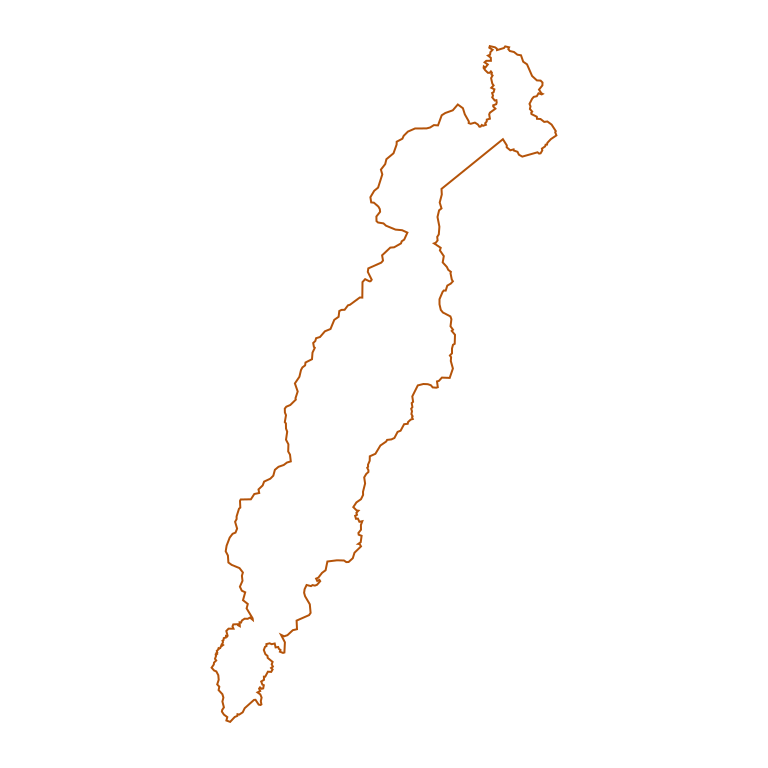 the district of Teorama, Norte de Santander, Colombia
{"feature_id": "7082276B38424478664085", "entity_name": "Teorama", "entity_type": "district", "adm_level": 2, "iso_a3": "COL", "parent_name": "Colombia", "parent_adm1": "Norte de Santander", "projection": "orthographic", "projection_center": [-73.14, 8.758], "detail": "fine", "context": "isolated", "style": "outline", "palette": "amber", "viewbox_px": 768, "rotation_deg": 0, "n_neighbors": 0, "source": "geoboundaries", "source_scale": "gbopen_adm2", "svg_char_len": 6071}
<svg xmlns="http://www.w3.org/2000/svg" viewBox="0 0 768 768"><path d="M218.6,690.1L222.4,694.2L223.4,697.6L222.4,701.5L223.9,707.4L222.2,709.9L221.9,711.6L223.9,714.6L227.3,717.1L226.4,720.5L230.1,721.9L234.7,717.0L237.3,715.9L237.5,714.2L239.2,714.6L242.7,712.3L244.7,708.2L254.0,699.9L255.5,699.8L258.7,704.6L260.5,705.0L261.4,704.4L260.8,701.1L261.6,697.6L260.3,694.4L257.5,692.4L260.2,691.0L259.1,688.6L260.0,687.4L261.7,688.8L263.2,688.4L263.8,685.2L262.4,684.6L261.2,681.5L264.0,679.8L263.9,676.7L265.2,676.7L267.9,671.7L271.2,671.9L272.6,669.5L271.1,668.0L272.9,666.6L271.7,664.3L272.6,661.9L267.7,657.9L267.5,655.9L265.4,654.2L263.8,650.0L265.0,646.9L266.5,646.0L266.4,644.1L269.6,643.3L271.7,644.2L274.7,643.5L275.6,647.4L278.2,647.0L278.9,648.8L280.5,650.0L279.9,651.7L283.0,652.9L284.4,652.5L284.9,642.3L281.0,634.8L284.1,636.3L287.4,635.2L292.8,630.2L297.0,629.2L296.6,620.6L309.1,615.1L310.6,612.9L309.8,604.3L305.1,596.3L304.1,592.8L304.6,589.2L306.6,585.0L311.0,586.1L312.5,585.1L314.9,585.6L317.0,584.8L320.2,581.2L319.4,579.9L317.2,580.9L316.1,578.6L318.3,577.7L322.0,572.9L325.6,570.2L327.4,561.5L337.0,560.3L344.0,560.5L346.3,562.1L348.6,562.0L352.8,558.2L354.5,552.7L361.0,546.4L359.7,544.1L358.3,543.9L360.7,542.2L361.6,535.8L358.7,534.7L358.4,533.0L361.0,529.7L360.9,525.0L362.3,521.2L359.4,521.8L357.9,518.6L356.0,518.8L355.1,515.8L357.0,514.8L356.4,512.8L358.4,510.7L356.6,510.4L353.3,507.1L356.4,502.4L361.0,499.2L363.1,494.9L363.0,491.8L365.1,483.5L364.2,477.4L366.2,474.0L368.4,472.0L368.4,470.1L367.2,467.8L368.1,466.8L368.0,464.7L369.7,460.8L369.8,456.3L375.4,453.8L380.4,445.5L386.2,441.5L387.1,439.9L391.4,439.4L394.4,438.0L397.6,431.9L400.6,430.7L404.1,424.2L407.7,423.8L408.1,422.0L410.7,419.6L412.8,419.0L412.0,417.1L412.6,416.2L411.4,414.1L412.0,411.2L411.2,408.7L412.4,407.1L411.7,403.1L413.1,401.8L412.3,396.4L417.8,385.4L423.4,384.0L427.8,384.2L430.8,385.2L432.7,387.4L436.3,387.7L437.8,387.2L437.0,381.4L438.9,380.9L441.9,377.6L449.7,377.9L452.9,368.5L450.8,361.0L451.1,357.2L449.9,355.5L452.0,353.3L452.0,348.5L453.0,344.8L454.7,343.8L455.0,334.8L451.7,330.9L453.0,329.7L450.5,326.3L451.4,319.2L450.4,316.4L442.9,312.5L440.8,309.9L439.5,304.3L439.5,299.2L442.6,291.9L443.8,290.5L445.7,290.6L447.3,285.6L450.8,283.6L452.9,281.3L451.8,279.6L450.5,273.1L450.9,271.9L448.2,269.8L446.9,267.0L442.7,262.4L443.8,256.1L439.9,250.4L440.7,247.8L434.1,243.4L435.7,242.8L437.6,240.4L437.2,236.9L438.8,234.4L439.4,226.7L437.5,217.0L439.1,210.3L441.5,208.4L439.7,202.5L441.8,194.5L441.5,188.9L502.9,139.2L506.8,145.4L506.7,147.3L510.3,150.3L513.6,149.4L513.8,150.5L517.5,151.8L518.9,154.7L522.3,156.6L537.5,152.3L539.1,153.6L540.6,153.3L542.3,150.4L541.9,148.6L545.1,146.4L545.6,144.7L547.0,144.6L547.4,142.8L550.9,139.1L556.4,135.4L555.2,132.2L555.8,131.1L551.6,124.6L547.4,121.5L544.2,121.9L540.5,119.0L537.0,118.8L536.8,116.7L531.5,114.1L531.2,112.9L532.2,111.6L529.9,109.0L530.5,106.3L529.5,103.9L532.1,98.8L533.7,96.9L536.8,96.2L538.5,93.3L541.7,94.4L542.6,93.9L541.4,93.3L539.0,89.6L542.4,85.4L542.5,82.5L540.6,80.6L536.9,80.4L532.1,76.0L527.0,64.3L523.2,61.7L521.0,55.3L517.4,54.7L514.0,52.0L509.8,51.0L508.3,49.1L509.1,47.3L505.2,46.4L504.0,48.0L497.0,50.1L496.8,48.6L495.0,47.3L489.8,46.1L489.3,47.7L492.6,49.8L490.4,52.1L490.1,54.7L488.0,55.6L490.8,57.7L490.9,60.8L486.3,60.8L484.6,62.3L487.8,64.5L485.4,67.5L483.8,66.5L483.6,67.9L485.1,70.1L487.9,72.8L489.7,72.8L490.9,71.4L491.9,72.7L491.5,74.5L492.6,75.5L491.1,78.1L492.3,83.6L493.6,85.4L491.3,87.8L494.4,89.3L493.6,92.2L492.1,93.0L493.0,95.7L492.2,97.3L494.7,100.5L496.4,100.2L496.7,102.5L496.2,104.2L493.2,105.3L493.2,106.4L495.4,108.7L489.9,112.7L489.2,114.4L489.9,118.7L486.8,119.6L486.7,121.5L485.2,123.2L485.9,124.8L483.0,125.8L481.8,125.0L480.6,126.6L479.4,126.7L477.9,124.5L474.9,122.6L470.7,123.8L468.7,123.1L468.8,121.4L464.8,114.3L462.9,108.2L457.8,104.5L452.8,110.3L445.3,113.0L441.7,115.3L438.0,125.4L433.9,125.1L430.1,127.5L426.6,128.4L415.0,128.5L407.9,131.6L403.7,135.8L402.4,138.7L396.7,141.7L396.6,144.6L393.5,153.3L386.4,159.2L385.2,164.1L380.9,169.6L382.3,174.4L378.1,187.6L374.2,190.8L370.4,197.2L371.2,202.4L373.9,202.7L378.4,206.6L379.8,209.1L380.1,211.8L376.4,216.5L376.5,221.1L378.0,222.5L383.5,223.4L386.0,225.7L395.5,229.6L402.1,230.2L407.4,232.6L404.2,239.6L401.7,241.3L401.0,243.4L394.1,247.3L390.3,247.6L382.1,255.3L383.0,260.6L381.3,262.6L368.3,268.4L367.8,271.9L371.7,279.7L370.6,281.2L369.4,281.3L365.1,279.2L362.5,282.1L362.3,297.6L359.8,297.5L349.9,304.8L348.0,305.3L344.6,309.8L341.5,309.9L339.3,311.0L338.6,316.8L334.3,319.8L330.5,329.0L324.9,331.3L320.0,337.0L316.1,338.2L315.3,341.0L313.2,343.0L313.9,346.9L314.8,347.8L312.5,352.6L312.0,359.2L305.5,362.5L305.1,365.4L302.4,367.4L301.0,370.0L299.4,376.8L294.9,383.4L297.7,391.5L295.5,398.2L295.8,399.6L290.3,405.0L286.3,406.7L284.8,408.6L284.9,412.5L286.0,415.2L284.8,422.1L285.9,423.4L286.0,428.5L287.2,431.7L286.0,439.7L288.4,444.3L288.2,451.5L290.0,454.6L290.8,461.4L287.0,462.5L283.7,465.0L278.5,466.8L274.9,469.8L273.3,475.7L270.3,478.7L264.1,481.6L262.7,485.4L258.5,489.4L259.2,493.0L254.3,494.0L250.9,499.3L240.7,499.5L240.0,500.9L240.3,507.6L239.0,508.7L236.6,516.4L236.6,519.1L235.1,521.8L237.1,528.6L235.5,532.6L232.6,533.8L229.7,537.6L226.6,545.7L225.7,551.3L227.9,555.5L228.4,562.5L231.7,564.9L239.5,568.1L242.9,572.5L241.9,575.8L242.5,580.8L239.9,586.7L241.8,590.7L245.2,592.3L243.0,600.2L247.8,604.0L246.6,608.4L252.6,618.3L252.8,619.9L250.0,617.6L247.7,618.8L244.6,618.7L241.9,620.5L241.1,622.5L239.6,622.3L239.8,626.2L238.0,625.2L237.9,624.2L233.3,624.4L232.5,626.3L233.5,628.7L228.5,628.7L226.3,631.0L227.6,635.8L227.2,636.5L226.0,636.0L225.9,637.5L223.8,638.1L223.5,640.1L222.5,640.7L223.0,642.0L222.2,644.3L223.1,645.0L221.9,645.9L221.4,645.2L220.2,648.1L218.8,648.4L219.1,647.5L218.4,648.3L218.7,649.1L216.8,650.9L217.3,652.7L216.2,653.3L216.9,654.1L215.7,654.9L216.1,655.8L215.0,658.8L216.2,660.5L214.0,662.6L213.8,664.5L211.6,667.7L214.1,670.5L216.3,671.4L218.3,675.2L218.7,679.8L217.2,684.4L219.3,686.7L218.6,690.1Z" fill="none" stroke="#b45309" stroke-width="2"/></svg>